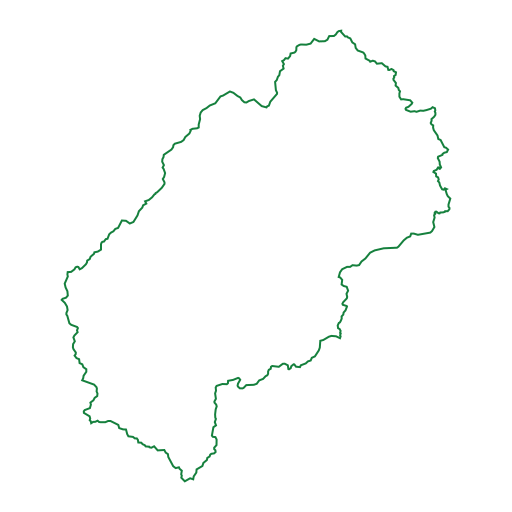 outline of Phato, Chumphon, Thailand
{"feature_id": "78962969B64090503691360", "entity_name": "Phato", "entity_type": "district", "adm_level": 2, "iso_a3": "THA", "parent_name": "Thailand", "parent_adm1": "Chumphon", "projection": "mercator", "projection_center": [98.813, 9.803], "detail": "fine", "context": "isolated", "style": "outline", "palette": "green", "viewbox_px": 512, "rotation_deg": 0, "n_neighbors": 0, "source": "geoboundaries", "source_scale": "gbopen_adm2", "svg_char_len": 5964}
<svg xmlns="http://www.w3.org/2000/svg" viewBox="0 0 512 512"><path d="M184.8,481.3L190.1,478.3L193.2,479.3L193.7,476.4L196.3,472.6L196.6,469.4L202.4,466.0L203.4,462.9L206.9,460.0L207.3,457.9L209.6,456.5L210.2,454.7L211.3,453.8L214.1,453.4L215.6,452.0L215.4,450.3L214.2,449.1L214.2,447.7L216.5,445.1L216.6,439.5L215.4,437.1L212.8,436.8L211.9,435.6L213.4,427.2L216.0,425.4L214.8,422.1L215.9,418.9L215.3,417.7L215.1,414.4L215.7,409.3L216.7,406.4L216.2,404.6L214.5,402.6L214.4,401.5L215.9,398.8L215.1,393.4L216.0,390.7L215.7,387.5L216.6,385.9L222.4,384.0L226.8,384.2L227.9,383.3L228.1,380.8L233.1,379.9L238.1,377.9L239.1,378.3L240.2,379.8L238.0,383.6L237.6,385.6L237.9,386.5L239.8,388.3L242.5,388.4L243.6,387.9L246.3,385.1L253.8,384.8L256.7,383.8L259.2,380.4L263.1,378.9L265.6,376.2L267.3,375.3L268.1,373.8L268.1,371.5L268.8,369.8L270.7,368.8L271.0,366.8L272.2,366.0L278.8,366.8L282.8,363.8L284.7,363.7L287.8,365.3L288.4,369.1L289.0,369.3L290.7,368.2L291.3,366.2L293.6,364.3L294.3,364.4L296.0,366.7L300.0,367.1L300.8,365.3L305.8,363.4L307.9,361.4L310.7,360.5L311.8,357.8L314.9,356.4L318.8,350.4L319.8,347.6L320.3,340.8L323.3,340.0L328.9,336.7L331.4,335.9L336.1,336.3L340.0,338.2L340.6,336.3L340.1,335.3L340.7,333.4L340.1,332.9L340.6,330.9L339.6,329.0L338.1,328.2L337.7,325.5L338.8,323.0L339.9,322.4L340.8,320.8L341.7,318.6L341.6,316.4L343.3,314.6L343.6,312.5L345.5,310.4L347.0,306.5L346.7,306.0L342.8,304.8L342.4,303.8L343.2,302.2L346.8,298.4L347.2,296.9L346.5,293.8L348.1,290.7L346.7,286.8L343.7,286.0L341.6,284.5L342.2,279.9L340.2,277.5L338.7,277.0L340.0,272.3L342.2,269.2L347.0,266.9L350.1,266.9L352.5,265.2L356.7,265.6L359.1,265.1L361.5,261.5L365.4,258.5L370.1,252.7L374.7,250.4L383.7,248.3L397.0,247.7L398.4,246.7L403.7,240.4L406.9,237.7L410.2,236.4L411.2,233.6L413.8,233.6L417.9,234.8L430.3,232.6L432.0,231.1L434.4,227.0L433.2,222.1L434.6,217.6L434.1,215.2L435.3,213.7L434.6,213.0L435.4,211.7L436.3,211.6L438.6,213.3L439.6,213.4L440.2,212.5L443.1,212.4L444.9,211.8L445.1,211.2L447.7,211.2L449.4,209.2L449.5,208.0L448.5,206.7L448.5,204.5L450.3,198.6L447.8,196.2L446.8,194.2L445.5,189.8L446.7,189.1L444.9,188.3L443.7,189.7L442.1,189.3L440.0,185.5L439.3,182.5L438.0,181.1L438.7,179.5L438.1,177.4L436.2,176.4L436.0,173.6L433.4,172.0L433.8,171.0L436.6,169.8L438.1,167.4L439.1,167.5L439.3,168.7L439.8,168.9L441.1,167.4L439.8,164.5L439.6,161.7L437.8,158.1L438.1,156.7L442.4,154.9L442.6,153.9L444.3,152.7L446.8,152.1L448.1,149.6L446.0,147.7L444.3,147.2L440.6,140.0L438.3,139.0L437.5,135.5L433.8,130.2L433.1,127.7L433.2,125.4L431.4,124.3L430.7,123.0L431.6,120.8L431.5,119.1L434.2,116.7L435.4,114.8L435.4,112.8L434.8,111.6L435.3,110.4L435.0,108.3L432.6,107.2L430.9,108.7L426.4,110.1L423.3,110.8L420.2,110.6L416.5,111.8L414.5,111.2L410.6,111.7L406.0,109.9L405.5,108.9L406.1,107.7L408.5,106.8L411.7,103.9L412.3,102.7L410.2,100.3L403.2,99.2L401.1,99.4L399.4,96.7L399.4,93.4L400.0,91.3L398.8,90.0L398.3,87.9L395.6,85.6L395.9,83.0L393.5,79.9L393.4,78.6L394.2,77.6L394.0,76.1L395.6,75.0L396.0,72.3L393.7,71.2L393.5,70.1L391.5,69.0L389.3,70.0L388.3,69.9L387.5,66.8L385.5,66.4L381.8,63.2L376.9,63.7L375.0,61.4L372.8,60.7L370.2,61.7L369.7,60.8L365.5,58.5L365.3,55.5L364.0,53.3L363.0,52.4L357.7,50.5L355.7,47.9L355.1,44.3L352.3,42.4L350.3,38.4L347.9,37.4L347.0,36.4L345.2,36.5L341.1,32.0L341.2,30.7L338.8,31.1L337.4,32.1L335.8,34.5L333.9,36.0L329.2,36.1L327.4,39.7L324.9,41.2L319.1,41.4L314.2,38.9L310.6,43.6L306.3,44.7L300.9,44.5L299.4,44.9L297.0,46.3L296.4,47.2L296.3,50.2L295.4,51.8L294.4,52.6L290.6,53.5L290.1,56.1L288.0,58.6L285.5,58.2L283.9,60.2L282.2,61.1L283.9,64.1L282.9,65.8L283.6,68.6L280.0,71.2L279.3,75.2L277.9,76.8L276.8,80.0L275.1,81.9L275.9,90.2L277.1,92.7L277.0,93.9L270.3,101.7L268.9,105.6L267.1,106.4L266.5,107.4L261.7,106.1L254.0,99.4L248.9,101.0L246.4,102.5L244.4,102.3L241.9,100.1L240.3,97.5L237.5,96.0L233.4,92.8L229.9,91.5L223.0,95.6L220.5,96.4L215.3,103.3L209.8,105.5L206.5,108.1L202.7,110.1L200.7,112.5L199.7,115.8L200.1,119.1L198.7,124.5L198.7,127.5L197.1,128.3L192.5,128.8L190.4,129.9L190.7,130.7L189.4,133.5L185.3,137.0L183.6,140.1L181.1,141.9L174.8,143.7L173.4,145.2L173.1,147.2L171.4,149.6L163.8,154.8L163.5,157.1L162.4,159.2L162.2,161.7L163.9,165.1L162.6,167.6L163.6,168.9L165.1,173.1L164.1,177.0L162.8,179.0L164.5,182.3L164.5,183.9L161.8,187.8L157.1,192.3L155.6,193.1L155.4,193.9L154.4,194.4L152.1,197.3L148.8,200.0L145.1,201.3L146.3,203.6L143.1,205.3L142.3,207.6L138.9,211.2L137.5,215.4L133.4,222.0L129.8,223.5L126.0,220.8L121.9,220.5L118.1,227.9L115.3,228.9L113.4,231.3L111.0,232.6L109.2,234.3L107.5,238.8L105.8,239.1L103.9,241.6L102.4,241.8L101.6,242.6L101.0,244.2L101.0,249.6L97.8,251.6L94.4,252.3L94.0,253.8L90.6,256.7L89.7,259.1L87.2,260.6L87.0,262.4L85.9,264.3L82.0,268.1L79.7,269.3L78.4,267.0L77.2,266.7L75.6,267.3L74.4,269.4L71.1,271.9L67.7,272.1L67.4,274.4L67.8,276.5L64.7,283.6L65.6,287.5L67.4,291.2L67.8,295.6L66.0,297.7L62.6,298.8L61.7,299.9L64.8,302.8L67.0,306.5L67.6,310.1L66.4,313.0L66.4,314.5L67.3,315.8L69.4,323.3L71.2,324.8L77.1,327.0L77.9,328.1L77.0,330.3L77.6,332.2L74.4,335.5L73.4,337.4L74.8,341.3L73.1,344.1L72.9,347.4L73.5,349.2L75.8,352.5L75.7,354.1L74.6,355.6L76.5,358.1L79.1,359.2L79.6,363.1L82.3,364.3L83.4,367.2L86.3,369.2L86.3,371.8L83.6,375.7L83.2,378.2L82.2,380.3L94.1,384.6L96.5,387.2L96.9,388.6L96.6,391.4L97.5,393.6L97.2,396.1L94.7,397.8L93.4,400.3L90.4,402.6L90.9,404.6L89.9,408.1L84.7,410.1L83.8,411.3L83.9,412.9L89.6,416.3L90.2,418.5L89.7,420.2L90.8,421.3L91.2,423.2L93.1,421.9L95.3,421.8L97.6,420.7L99.1,422.0L100.5,422.2L105.3,422.2L108.1,421.0L110.5,421.0L118.3,424.9L119.2,428.1L123.1,429.4L126.0,429.5L127.2,434.1L128.4,436.3L133.0,436.9L134.8,438.4L136.8,438.4L137.9,439.9L138.3,442.5L141.3,442.7L142.6,444.2L144.8,445.2L145.6,446.4L149.2,446.7L149.5,447.3L151.4,447.7L154.1,446.3L157.7,450.4L164.3,450.0L165.7,452.6L167.9,454.1L168.3,457.0L173.2,466.2L175.7,468.1L178.9,467.3L179.6,468.8L181.8,470.7L181.2,474.3L181.8,475.7L181.3,477.7L184.8,481.3Z" fill="none" stroke="#15803d" stroke-width="2"/></svg>